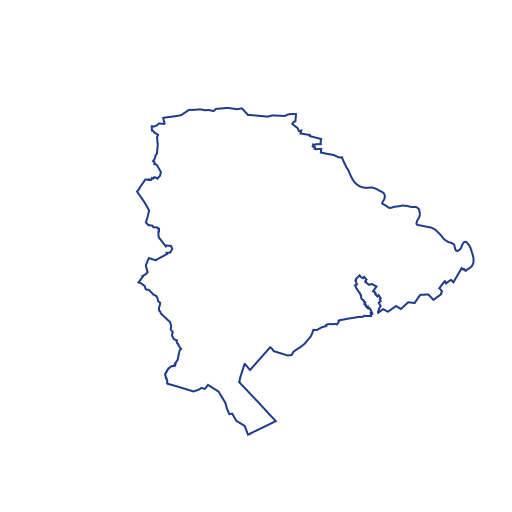 the district of Kocēnu pag., Kocenu, Latvia, rotated 313°
{"feature_id": "27541924B79657792070029", "entity_name": "Kocēnu pag.", "entity_type": "district", "adm_level": 2, "iso_a3": "LVA", "parent_name": "Latvia", "parent_adm1": "Kocenu", "projection": "orthographic", "projection_center": [25.269, 57.512], "detail": "fine", "context": "isolated", "style": "outline", "palette": "blue", "viewbox_px": 512, "rotation_deg": 313, "n_neighbors": 0, "source": "geoboundaries", "source_scale": "gbopen_adm2", "svg_char_len": 6129}
<svg xmlns="http://www.w3.org/2000/svg" viewBox="0 0 512 512"><g transform="rotate(313 256 256)"><path d="M222.0,125.0L220.3,133.2L218.9,139.0L216.4,146.8L210.6,150.1L205.4,152.6L205.2,156.3L205.4,156.3L207.6,159.7L207.0,160.7L207.1,161.4L209.6,164.4L209.6,164.7L209.1,165.6L209.8,166.5L207.7,168.4L207.2,168.1L206.5,168.7L205.8,169.5L204.4,170.8L203.3,172.3L202.9,175.1L201.5,183.5L202.5,183.3L205.4,186.9L204.6,188.9L203.9,190.0L199.9,190.9L197.4,188.4L196.9,189.6L185.0,185.6L184.8,185.8L184.6,185.8L181.4,179.1L174.0,181.8L170.2,187.8L167.5,187.8L163.8,186.6L163.7,187.3L156.6,188.1L157.7,190.7L158.1,194.8L158.0,195.3L156.6,197.8L156.6,198.4L157.6,199.9L158.2,201.4L157.8,207.2L158.8,210.8L158.3,211.5L158.0,212.8L156.9,214.2L156.2,215.5L156.5,217.4L156.3,217.9L155.1,218.8L151.7,220.6L150.0,222.3L150.0,223.7L149.8,224.4L149.1,225.7L149.1,226.6L149.0,227.0L149.1,227.3L149.0,236.0L149.1,237.5L149.0,238.4L148.8,238.8L147.9,240.0L147.1,241.4L146.2,242.4L145.2,242.8L144.1,243.7L143.8,245.1L143.8,245.9L143.7,246.1L143.6,246.8L143.4,247.2L140.7,248.5L140.2,249.7L140.0,250.5L139.7,250.9L139.3,252.5L139.7,254.5L140.4,255.7L139.1,256.5L138.5,257.7L138.4,258.2L138.6,258.8L138.3,259.6L138.1,259.6L137.4,261.8L136.9,264.6L134.9,264.5L126.2,269.7L124.6,269.7L122.8,270.4L122.4,270.0L122.1,270.1L122.1,270.5L121.7,271.1L120.9,271.5L120.7,271.3L120.1,271.5L119.7,271.0L119.7,270.5L118.4,270.2L118.2,269.6L117.9,269.4L116.5,269.0L115.0,269.0L114.7,268.7L114.1,268.5L112.9,269.0L112.0,268.9L111.8,269.2L110.3,269.5L109.9,269.8L109.2,269.6L108.8,269.9L107.9,270.0L107.7,270.3L107.1,270.5L106.7,271.6L105.8,272.6L105.7,273.7L105.2,273.7L105.0,273.9L105.2,274.2L105.0,274.7L104.2,276.2L102.3,277.8L102.4,278.2L102.3,278.4L102.6,278.7L102.6,279.2L102.5,279.4L103.2,280.2L107.2,288.1L114.3,302.7L119.5,305.4L121.9,305.9L122.4,306.2L123.1,307.6L123.4,308.7L124.3,309.3L129.0,308.8L131.3,321.1L127.7,333.8L124.6,338.7L122.1,344.3L124.5,346.1L122.0,354.0L124.0,363.6L119.9,372.0L120.4,372.4L122.3,373.1L122.4,372.9L148.7,383.1L149.3,374.4L149.6,370.6L150.6,357.0L152.3,329.6L153.5,329.1L156.4,327.3L169.2,321.3L169.4,321.7L168.6,329.4L198.9,328.6L199.1,329.3L199.0,331.6L198.6,333.2L198.7,334.3L204.0,345.2L204.5,346.6L207.8,349.6L211.6,348.7L215.1,349.4L219.7,350.6L224.6,351.4L234.4,350.9L238.2,349.7L241.1,348.3L243.4,351.0L248.4,352.6L252.7,355.1L252.9,354.7L253.4,354.3L254.8,354.9L255.7,355.6L259.4,359.6L260.1,360.0L260.6,360.6L261.2,361.9L265.2,361.2L265.3,360.6L266.9,361.4L268.0,362.5L272.6,365.8L278.6,370.5L280.8,372.0L284.3,375.6L285.9,375.8L290.6,381.2L290.9,381.0L291.1,380.4L291.4,380.1L291.8,380.2L291.8,379.6L292.2,379.1L292.4,380.3L293.2,380.5L294.6,377.1L295.4,374.3L294.1,373.9L294.0,373.6L294.1,372.9L294.5,372.6L294.3,372.6L294.1,371.6L294.6,371.1L294.4,370.6L294.7,370.5L294.7,370.3L295.2,369.6L295.1,369.4L295.2,369.2L294.8,369.0L294.7,368.5L295.0,368.5L295.1,367.8L296.6,367.5L296.6,366.7L296.3,366.1L296.5,365.8L296.5,365.3L297.0,364.8L296.6,363.5L296.7,363.0L296.7,362.3L297.6,360.9L298.9,359.6L298.9,358.5L299.5,358.0L299.7,357.4L299.7,356.8L299.8,355.9L300.5,353.0L300.7,352.5L300.7,351.8L301.0,350.7L301.7,349.6L301.9,349.0L302.0,348.4L304.2,349.2L305.6,345.7L306.8,345.7L307.2,344.8L312.5,345.0L312.1,346.6L312.7,349.4L314.5,349.3L314.1,352.9L312.3,353.0L312.2,353.8L311.6,353.9L312.0,358.3L314.5,359.8L315.9,364.9L310.0,365.7L310.6,367.8L310.2,369.3L309.4,369.2L309.2,372.5L311.0,372.4L310.1,376.1L308.8,376.0L308.1,377.9L305.5,377.7L304.4,381.3L301.6,381.9L298.1,383.6L297.8,384.1L303.8,385.2L305.2,390.4L315.0,392.6L316.0,398.1L326.0,398.9L329.8,404.1L336.2,403.0L339.7,402.7L345.4,408.3L344.9,415.6L354.5,417.5L355.1,416.7L357.1,416.0L357.5,412.0L366.1,411.2L366.4,411.3L365.6,413.7L369.3,414.3L371.6,415.0L371.4,418.3L387.4,414.7L387.3,416.6L388.3,416.8L388.5,417.1L387.9,418.3L387.9,418.6L388.4,419.6L389.0,419.4L394.0,420.7L396.1,420.7L398.9,419.9L400.9,418.3L402.7,416.6L404.2,414.4L408.2,407.4L409.2,404.5L409.7,400.6L409.5,399.8L408.7,399.0L407.7,398.7L405.7,398.9L401.5,400.5L400.3,400.8L397.2,400.0L396.5,399.1L396.5,397.8L397.2,396.5L399.1,393.8L399.4,392.8L399.2,390.9L397.2,386.6L396.6,382.7L396.6,381.5L397.2,377.5L397.4,374.9L397.5,369.2L397.3,368.1L396.3,364.8L392.1,358.1L390.2,354.9L389.1,353.5L388.9,352.8L388.8,351.9L388.9,351.5L389.4,351.0L391.5,349.9L395.4,349.0L396.8,348.4L397.9,347.7L399.3,346.3L401.1,343.8L401.4,342.8L401.4,341.9L401.3,340.8L401.0,339.9L400.3,338.9L397.5,335.8L396.4,333.6L395.3,331.9L392.9,328.8L390.0,326.7L386.3,323.6L383.8,322.2L382.7,321.4L382.2,320.8L381.8,320.0L381.4,316.7L380.6,313.3L380.5,312.8L380.8,312.1L381.6,311.7L384.6,311.2L385.9,310.7L387.5,309.5L388.1,308.9L389.0,306.9L388.9,304.7L387.9,301.6L387.6,299.8L386.7,297.2L385.5,294.5L385.1,294.0L380.6,289.7L378.9,287.2L377.7,284.3L377.5,283.4L377.1,281.0L377.2,277.7L377.6,275.4L378.4,273.0L379.0,271.2L381.5,265.6L382.7,261.1L383.7,258.9L384.6,256.3L386.2,252.7L386.9,251.7L386.4,251.4L384.6,249.2L382.9,244.3L383.0,244.1L380.2,239.9L375.9,232.9L378.8,230.7L376.2,228.0L375.0,227.2L374.4,225.6L375.5,225.3L375.8,224.9L374.8,222.7L376.6,221.7L377.5,223.3L378.3,223.4L379.3,224.4L380.0,224.9L382.0,227.1L384.0,225.0L386.0,223.9L380.4,213.6L381.2,212.9L376.0,205.0L378.6,203.6L376.6,202.3L377.9,199.2L377.3,192.5L379.8,192.1L381.3,193.0L387.0,188.6L386.2,187.3L382.6,183.8L380.7,182.6L378.2,181.7L370.0,172.1L365.9,169.5L354.6,154.9L353.7,154.0L354.4,145.0L350.3,141.9L345.3,134.6L336.3,126.4L333.2,126.2L330.1,121.3L328.4,120.0L327.0,118.0L325.6,115.8L323.8,113.8L321.7,112.1L317.1,107.3L307.9,105.2L303.0,101.5L294.7,94.6L293.6,93.9L290.6,98.8L290.0,98.8L286.7,94.6L284.3,94.5L281.1,93.1L279.8,91.3L277.4,93.7L277.5,93.7L276.9,97.2L277.1,97.3L277.0,97.7L277.9,101.6L275.3,102.7L271.8,106.6L271.5,107.2L269.0,109.4L264.3,112.9L263.4,113.8L261.5,113.8L258.0,115.6L255.2,116.0L255.6,117.6L254.5,118.3L253.8,119.1L254.8,120.0L254.8,121.9L252.5,129.3L249.1,131.1L245.2,131.1L245.1,130.0L244.8,128.6L244.2,127.8L242.7,128.1L242.1,126.7L240.3,127.5L240.0,127.2L239.6,126.8L239.2,125.7L238.7,126.1L236.6,122.9L226.8,124.3L225.8,124.8L222.0,125.0Z" fill="none" stroke="#1e3a8a" stroke-width="2"/></g></svg>